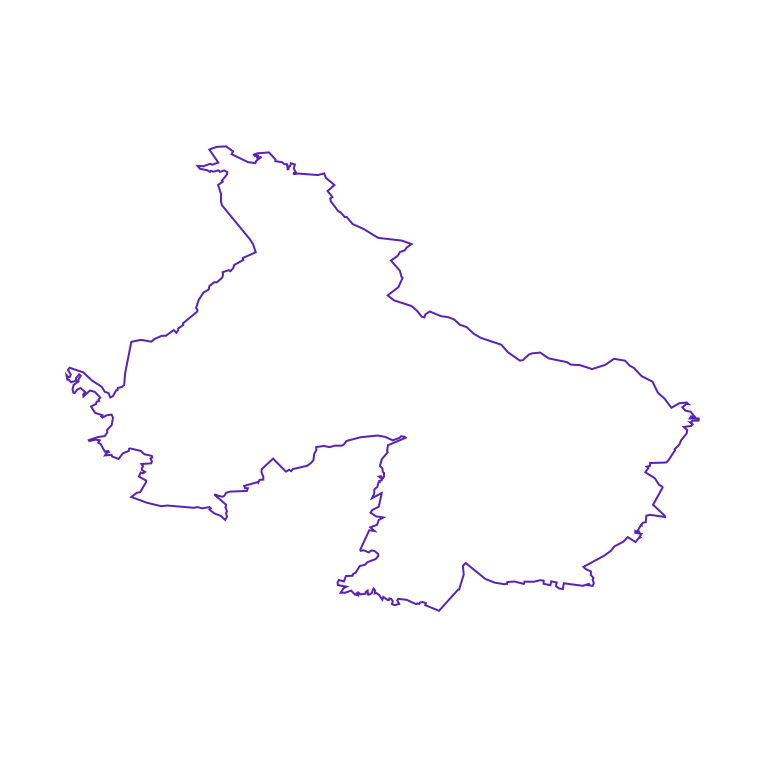 outline of Husnicioara, Mehedinti, Romania, rotated 6°
{"feature_id": "2599482B73599404169892", "entity_name": "Husnicioara", "entity_type": "district", "adm_level": 2, "iso_a3": "ROU", "parent_name": "Romania", "parent_adm1": "Mehedinti", "projection": "robinson", "projection_center": [22.847, 44.668], "detail": "fine", "context": "isolated", "style": "outline", "palette": "violet", "viewbox_px": 768, "rotation_deg": 6, "n_neighbors": 0, "source": "geoboundaries", "source_scale": "gbopen_adm2", "svg_char_len": 6131}
<svg xmlns="http://www.w3.org/2000/svg" viewBox="0 0 768 768"><g transform="rotate(6 384 384)"><path d="M690.4,398.1L686.6,395.4L693.9,393.6L695.1,392.1L692.6,390.3L693.9,390.4L693.3,389.7L694.5,388.3L700.7,387.5L700.6,385.4L691.7,386.3L692.7,384.1L696.4,384.0L691.8,379.5L686.5,379.0L683.1,375.9L686.9,372.2L688.9,372.2L686.9,370.7L679.7,372.3L672.3,377.6L664.8,369.5L657.3,364.0L650.7,353.6L639.3,349.2L630.8,341.9L626.7,340.2L621.2,335.6L610.1,334.9L602.1,341.8L589.4,347.4L576.7,344.7L567.8,345.2L563.6,343.1L545.1,341.3L536.1,336.4L527.9,338.1L525.0,339.6L519.6,345.8L516.6,346.5L504.0,339.5L496.6,332.7L475.5,328.0L468.1,324.7L460.3,318.8L453.2,317.1L447.1,312.5L440.8,310.8L433.7,310.6L421.9,307.1L417.9,310.4L417.2,313.6L414.6,313.2L408.8,307.4L403.2,303.6L385.3,299.8L378.4,295.5L388.2,286.2L391.4,276.5L390.0,275.2L388.0,269.7L378.0,260.5L384.3,255.0L386.2,251.0L390.7,248.9L392.3,245.9L396.8,242.0L386.8,239.5L363.0,239.3L347.3,231.9L336.1,228.2L329.3,221.7L327.5,222.1L323.1,217.9L320.1,216.6L312.0,207.8L311.1,205.2L313.2,203.5L307.7,198.0L313.9,191.3L304.7,185.1L302.5,180.8L296.4,183.1L276.1,183.7L273.1,184.7L272.2,184.3L272.4,183.4L274.4,183.1L271.8,179.0L272.4,175.0L268.4,174.2L267.9,177.2L266.6,177.6L266.5,180.4L265.7,180.5L264.7,175.7L262.0,175.8L259.5,174.1L252.6,173.7L252.8,172.2L245.4,165.7L234.0,167.8L230.6,169.4L231.7,170.8L234.6,169.9L235.2,171.1L234.1,171.8L234.4,172.4L238.4,171.0L233.7,175.2L233.0,177.7L225.7,177.6L208.4,171.4L209.6,168.5L202.1,164.2L192.7,165.7L185.8,169.1L196.1,181.1L190.2,183.9L188.3,183.1L181.6,186.3L175.8,186.6L178.5,189.2L186.0,189.9L188.8,191.3L189.5,190.2L192.4,190.6L197.1,188.8L198.7,190.2L202.7,188.3L206.0,189.6L205.9,192.0L201.5,198.9L202.4,199.7L198.2,203.4L202.0,211.9L202.8,219.7L204.1,223.1L235.6,254.2L239.1,258.5L242.7,266.4L230.5,273.4L231.1,275.4L222.6,281.2L222.1,284.3L219.4,287.9L217.7,287.0L211.8,289.7L212.6,292.4L212.0,295.1L207.1,300.4L204.5,300.5L200.1,304.9L199.7,308.5L195.1,311.7L191.0,319.5L189.2,328.0L190.7,329.6L190.7,331.5L177.7,344.7L178.2,346.3L173.5,350.3L173.7,352.0L172.1,354.8L169.3,352.3L162.1,358.8L157.9,359.3L151.3,363.1L148.2,366.2L137.6,365.5L128.3,368.5L125.4,400.6L125.7,412.1L123.8,414.2L119.6,415.9L119.7,417.9L118.3,418.3L115.7,424.4L113.1,426.0L111.0,421.8L107.2,421.0L103.6,416.3L93.1,411.0L83.8,403.9L69.6,400.7L68.2,403.1L71.5,407.3L71.0,409.5L69.6,410.3L67.3,408.3L68.6,412.7L70.7,413.1L72.5,415.0L77.4,412.9L77.1,410.4L79.8,406.3L81.5,407.4L79.4,412.2L80.0,413.4L75.5,417.2L74.8,421.9L75.9,425.1L77.2,425.4L79.5,421.7L82.5,419.7L87.7,423.2L86.0,425.6L86.4,427.8L92.3,421.2L97.1,422.0L103.3,427.2L101.7,429.4L102.4,430.6L100.1,431.7L99.6,434.1L95.0,436.9L99.7,442.9L107.2,444.5L106.2,445.9L107.6,446.8L112.0,443.9L116.3,442.9L118.0,445.9L117.5,453.2L113.4,458.6L113.9,460.9L111.7,465.0L105.1,466.6L96.3,470.7L96.9,471.6L102.9,469.5L107.2,469.7L105.9,472.3L108.4,473.3L113.5,480.5L116.6,479.4L117.5,480.5L115.5,481.3L114.0,484.2L120.5,482.9L121.0,484.4L127.9,486.3L131.5,480.3L137.1,477.3L137.3,475.0L138.4,474.6L149.1,476.0L153.1,478.9L160.6,479.8L161.2,481.2L159.6,482.7L161.3,485.1L160.8,487.2L151.1,489.0L153.0,491.0L151.9,493.2L152.3,494.8L155.5,496.4L153.6,498.0L151.3,497.5L149.9,501.7L157.6,504.9L157.5,506.8L152.8,517.0L149.5,518.1L144.5,522.8L160.8,526.9L175.1,528.8L181.3,527.5L207.8,527.0L211.4,525.9L216.0,526.7L223.1,524.7L224.7,525.8L223.6,527.1L225.7,528.5L229.0,530.5L235.3,532.2L240.3,535.8L241.7,532.3L240.4,528.9L241.2,527.0L239.2,523.4L239.7,520.7L226.7,511.6L234.9,513.1L237.0,511.8L238.3,508.7L242.3,507.1L258.8,504.7L259.5,501.9L256.7,502.0L255.6,499.9L268.6,494.8L269.2,495.4L270.3,492.3L274.0,491.7L273.6,488.6L271.4,484.6L271.3,481.5L281.5,469.8L295.6,481.4L298.7,479.2L300.8,480.4L302.3,478.1L316.1,473.4L319.8,470.0L321.8,467.1L321.9,461.0L323.6,457.0L323.2,453.8L330.7,451.9L336.4,452.5L341.4,450.5L348.2,449.8L350.4,448.4L352.6,444.6L366.6,439.3L383.1,435.9L390.8,436.5L398.6,439.1L405.2,435.9L406.4,434.2L409.8,434.3L411.2,435.2L394.3,444.5L394.1,449.8L394.8,451.6L389.7,459.0L388.5,466.1L391.2,467.9L392.0,471.7L393.3,472.5L393.7,476.0L393.0,477.6L391.6,477.6L390.9,476.1L388.8,476.6L392.1,478.7L391.8,480.1L389.5,480.8L389.9,482.1L388.9,482.3L388.1,487.0L385.4,489.9L385.7,494.2L384.0,498.8L393.1,492.7L393.0,494.6L391.6,506.6L385.7,510.4L384.0,513.4L390.1,516.5L397.4,516.8L393.1,519.7L391.8,524.8L385.4,528.0L390.0,531.2L384.6,531.0L377.7,551.3L378.2,552.3L381.3,551.5L386.4,553.1L388.8,550.9L391.9,551.0L396.1,553.7L396.3,555.6L393.9,559.0L386.2,562.9L384.0,565.7L378.9,567.6L375.7,574.4L372.9,576.4L372.8,578.0L366.2,579.0L364.8,584.5L359.6,583.7L358.6,586.6L359.3,588.8L367.8,589.5L365.1,591.4L362.7,596.2L367.2,595.6L372.9,592.9L377.2,596.5L379.2,594.6L379.2,596.7L380.0,596.5L380.0,594.7L380.7,596.2L381.2,594.6L382.4,595.7L387.7,594.4L387.5,592.8L389.3,591.2L390.2,595.1L391.7,594.9L393.6,593.2L394.9,588.6L396.8,590.3L396.6,593.3L398.3,592.7L401.1,594.2L404.9,598.8L405.6,595.8L410.1,598.4L411.4,598.3L411.7,596.7L413.5,597.0L415.4,599.0L415.0,602.1L418.0,602.8L422.1,601.1L419.8,597.9L420.5,596.2L429.3,596.3L438.9,599.6L439.9,598.7L441.9,599.2L442.7,597.6L445.1,596.8L448.5,597.5L448.1,599.6L462.4,603.8L479.0,581.0L480.2,580.5L483.2,565.2L481.5,556.6L484.0,553.5L505.2,567.3L515.0,570.0L524.3,570.5L527.3,569.9L527.4,568.0L534.6,566.8L543.9,568.2L544.4,565.9L553.7,565.0L559.9,562.8L563.4,562.9L563.6,566.0L570.5,566.7L570.9,562.8L576.5,563.3L576.1,567.0L579.5,569.1L583.3,569.2L583.6,563.4L602.9,563.9L609.3,561.0L607.9,562.7L612.6,563.0L613.5,560.2L611.9,556.8L612.6,555.0L609.6,552.3L609.4,548.8L604.0,547.0L601.5,545.0L620.7,531.9L627.1,526.2L630.1,521.4L638.6,515.8L642.4,510.8L650.7,514.9L653.3,510.7L655.0,509.8L654.2,509.3L655.7,506.1L649.5,505.7L649.3,503.8L653.2,504.6L651.9,502.8L654.2,497.6L655.1,497.8L654.9,496.5L656.1,494.8L658.8,494.1L658.7,487.5L662.6,486.3L677.4,486.9L676.8,485.5L664.2,476.0L671.9,457.9L671.4,456.9L668.1,455.5L663.2,449.4L653.1,444.5L655.7,439.9L654.0,438.8L657.0,437.6L656.9,434.8L672.7,432.6L674.5,430.8L680.4,419.4L679.8,418.5L684.1,413.3L685.3,409.0L690.2,401.5L690.4,398.1Z" fill="none" stroke="#5b21b6" stroke-width="2"/></g></svg>